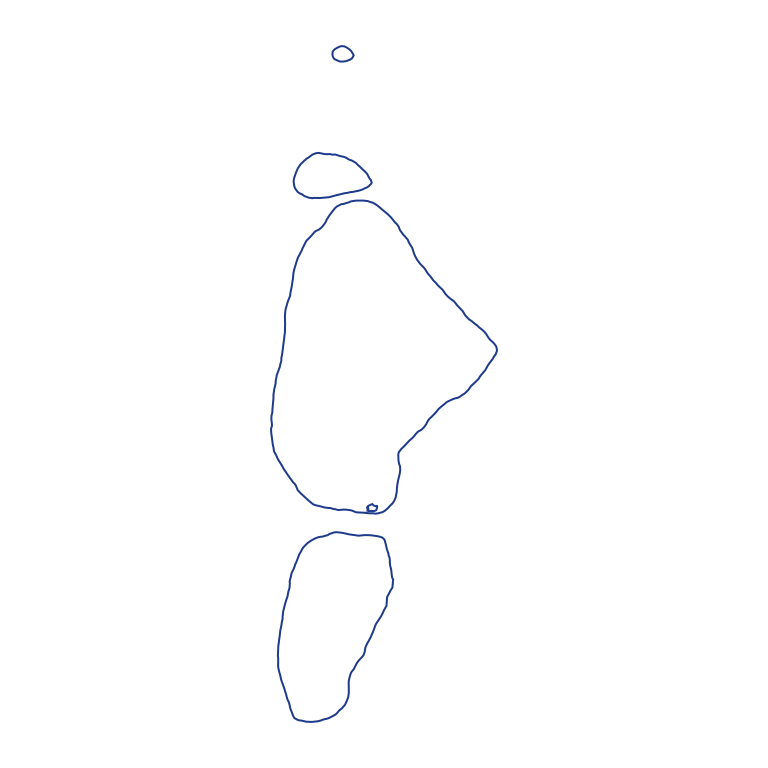 Male', Maldives (orthographic projection)
{"feature_id": "70690204B31972615950169", "entity_name": "Male'", "entity_type": "district", "adm_level": 2, "iso_a3": "MDV", "parent_name": "Maldives", "parent_adm1": "", "projection": "orthographic", "projection_center": [73.47, 4.391], "detail": "fine", "context": "isolated", "style": "outline", "palette": "blue", "viewbox_px": 768, "rotation_deg": 0, "n_neighbors": 0, "source": "geoboundaries", "source_scale": "gbopen_adm2", "svg_char_len": 6084}
<svg xmlns="http://www.w3.org/2000/svg" viewBox="0 0 768 768"><path d="M495.6,354.4L496.9,351.1L496.9,349.6L496.4,346.9L495.6,345.5L494.0,343.4L492.2,341.6L490.9,340.5L488.7,338.1L485.8,333.4L484.3,331.7L482.5,330.0L479.5,327.7L477.1,325.4L474.9,323.8L471.1,320.7L469.0,319.3L467.2,317.5L465.2,315.3L462.7,311.1L457.6,305.8L453.6,300.9L450.6,298.9L447.9,296.6L445.3,293.8L442.8,290.0L438.0,285.5L435.6,282.6L433.2,280.3L431.7,278.1L429.9,275.8L428.5,274.3L426.8,272.0L425.7,270.1L424.0,267.7L420.2,263.9L417.1,259.7L415.7,257.2L414.7,255.2L413.9,253.1L412.6,249.1L412.0,247.5L409.0,242.7L407.7,239.6L405.2,236.7L403.3,234.7L401.9,232.8L400.3,230.6L399.3,228.6L398.9,227.1L396.8,224.0L395.1,222.5L391.1,217.5L387.7,214.1L382.2,209.6L380.7,208.2L377.3,205.5L375.0,203.9L372.6,202.6L370.6,202.1L367.8,201.1L363.6,200.6L356.0,200.6L350.8,201.4L348.8,202.4L347.0,202.8L343.4,204.0L341.3,204.2L336.7,206.6L335.0,208.2L331.4,212.7L328.7,216.4L327.8,218.0L326.6,219.7L326.1,221.2L324.9,223.3L322.5,226.4L320.8,228.1L319.2,229.4L315.5,231.2L314.2,232.4L312.0,235.0L308.9,238.3L306.7,240.4L305.5,242.4L302.4,248.7L301.7,250.5L299.2,255.3L298.0,257.4L296.7,261.2L294.3,269.2L293.5,272.5L293.0,278.0L291.7,286.6L290.3,293.5L290.1,295.9L287.8,301.6L285.5,309.6L285.4,310.6L284.9,316.0L285.1,323.8L284.9,332.6L284.4,335.9L284.1,339.2L283.5,343.4L282.4,352.3L281.9,355.7L281.4,357.5L281.3,360.9L280.3,364.4L279.8,366.9L276.7,375.4L276.3,378.1L275.8,380.1L275.6,383.4L275.0,386.5L274.3,388.7L273.9,391.8L273.4,395.4L273.5,397.7L272.4,409.9L272.3,412.6L271.5,415.6L271.4,417.8L271.4,419.7L271.8,422.8L272.0,425.8L271.1,428.4L271.1,430.9L271.4,434.4L271.9,437.5L272.7,444.0L273.5,447.7L274.0,451.4L276.3,455.4L277.7,458.8L282.1,465.9L283.6,468.8L290.2,478.4L291.5,480.0L293.1,482.4L294.5,483.6L295.7,485.2L297.8,490.3L299.1,491.6L301.0,493.6L308.3,500.3L313.1,504.3L315.5,505.2L321.9,506.7L325.0,507.6L325.8,507.6L328.1,508.0L330.1,508.0L332.1,508.6L334.1,509.1L335.4,509.2L338.3,510.1L343.3,509.6L346.4,509.7L349.7,510.1L352.0,510.6L356.2,512.3L363.5,512.7L370.3,513.4L372.7,513.2L375.5,513.7L378.7,513.2L382.5,512.1L385.0,510.7L388.0,508.1L390.5,505.3L392.5,503.4L394.1,501.0L395.6,497.7L396.8,491.5L396.9,488.3L397.3,484.8L398.0,480.8L399.8,473.4L400.2,470.5L400.1,466.6L399.0,463.5L398.4,459.8L398.4,457.8L398.2,454.7L398.8,452.2L400.9,449.4L405.4,444.9L409.5,440.5L412.3,438.1L414.3,435.9L415.9,433.8L417.9,431.7L421.5,429.7L424.1,427.1L426.1,424.4L428.0,420.6L429.7,418.5L431.6,416.8L435.7,412.6L438.3,409.3L440.8,407.0L443.1,405.1L444.7,403.9L446.3,402.4L448.4,401.2L452.7,399.2L455.0,398.4L458.1,397.7L460.0,396.6L462.0,395.1L464.5,393.6L466.2,392.0L468.1,390.2L471.2,385.8L473.2,384.1L474.9,382.5L478.6,378.8L480.1,376.3L481.8,374.2L485.3,370.1L487.6,365.9L488.9,363.9L492.8,358.8L493.7,357.0L495.6,354.4ZM373.6,511.0L369.2,511.1L367.9,510.8L368.2,510.6L368.5,510.1L368.3,508.9L368.1,509.2L367.6,509.2L367.3,508.5L367.0,507.7L368.0,506.2L369.6,505.2L372.3,504.1L373.7,505.5L374.7,505.9L375.4,506.2L376.5,505.9L376.9,505.9L377.1,506.4L377.2,506.9L376.6,509.3L376.3,510.0L375.0,510.8L373.6,511.0ZM392.9,582.8L392.9,581.3L393.2,579.6L392.4,578.2L392.0,576.8L391.5,572.8L391.4,571.4L391.0,568.9L390.1,565.3L390.0,564.0L390.0,563.2L389.7,562.3L389.9,561.1L389.6,557.9L388.6,555.2L388.5,553.9L386.7,548.5L385.9,544.8L384.8,540.6L384.2,539.3L382.3,537.6L380.6,536.9L378.0,536.3L374.9,535.8L371.1,535.3L367.9,535.1L364.3,535.1L358.6,535.7L348.2,534.2L346.0,533.6L341.3,532.7L336.9,532.2L334.8,532.3L332.8,532.8L330.1,533.8L329.5,533.9L327.7,535.2L325.8,535.6L322.6,536.6L320.4,536.8L318.4,537.2L315.4,538.3L311.1,540.6L307.5,543.1L304.4,546.2L302.9,548.0L302.0,549.4L301.2,551.1L299.1,554.6L298.5,556.4L297.2,559.8L295.9,563.1L295.2,564.3L294.5,566.8L293.5,569.2L291.6,573.0L290.6,577.8L290.0,579.5L289.8,581.2L289.6,581.9L289.9,583.2L289.5,588.0L288.4,591.5L287.4,596.9L286.4,599.5L285.0,604.2L283.2,611.4L282.6,616.7L282.6,618.8L281.8,622.4L281.4,625.4L280.3,630.5L279.7,636.0L279.5,637.1L278.3,646.3L277.9,655.9L278.2,658.0L278.2,659.1L278.1,666.4L278.5,668.8L279.4,672.6L280.1,674.6L281.0,679.1L281.8,681.6L284.6,689.3L284.9,690.7L285.9,693.6L286.4,695.5L286.7,696.9L287.3,698.9L288.9,702.5L289.6,704.9L290.1,707.6L290.6,709.3L291.6,711.7L293.1,715.8L294.1,717.7L295.3,718.6L297.1,719.6L298.9,720.3L301.5,720.6L306.3,721.7L310.9,721.9L313.6,721.8L314.4,721.6L317.1,721.4L320.5,720.6L323.1,719.6L326.6,718.8L328.7,718.1L331.4,716.8L335.2,714.7L336.7,713.5L339.1,710.6L342.1,708.1L344.9,704.9L345.9,703.0L348.2,697.2L348.8,693.0L348.7,681.4L349.3,678.4L350.6,673.8L351.2,672.5L351.6,671.8L353.8,669.1L356.3,664.1L357.2,662.7L358.2,661.2L360.1,659.0L361.3,657.8L363.2,655.6L363.7,654.7L364.7,651.9L365.3,648.0L365.8,646.3L367.3,643.3L369.0,640.4L371.1,636.3L371.7,634.6L372.6,632.9L375.3,625.6L375.9,624.1L381.1,616.2L382.6,613.3L384.2,609.8L385.1,608.3L385.7,607.0L386.5,605.8L387.0,598.3L387.3,596.6L388.1,595.2L388.7,594.0L390.7,590.2L392.4,587.6L392.9,582.8ZM371.5,181.8L370.8,179.9L369.8,178.8L369.5,178.4L367.1,173.9L365.5,172.1L362.1,168.9L360.2,167.0L357.9,165.0L356.0,163.0L353.8,161.6L351.7,160.5L349.1,159.6L346.4,157.9L344.4,157.0L340.7,156.2L335.1,154.5L332.6,154.7L329.9,154.1L326.3,154.2L324.1,154.0L318.9,152.9L316.0,153.2L314.1,153.9L312.4,154.6L309.5,156.8L307.8,158.0L306.2,158.9L305.3,159.9L304.2,160.7L302.2,162.8L301.3,163.5L300.2,164.8L298.0,168.1L296.5,171.3L295.5,174.0L294.4,177.2L293.9,179.1L293.6,181.1L294.1,185.4L294.9,187.9L295.4,188.8L297.4,191.6L298.2,192.3L299.6,193.3L301.8,194.2L304.5,196.1L308.7,197.7L312.3,198.2L314.5,197.9L320.3,198.0L322.4,197.8L329.0,197.2L336.6,195.2L344.2,193.3L347.7,192.8L350.1,192.2L353.0,191.9L355.6,191.3L358.3,190.8L360.4,190.2L362.9,189.3L364.8,188.3L366.6,187.6L368.9,186.2L369.8,185.1L370.9,184.1L371.7,182.7L371.5,181.8ZM353.7,55.4L352.8,53.6L351.0,50.8L349.2,49.2L347.0,47.7L344.5,46.4L341.6,46.1L340.0,46.5L337.1,47.8L334.3,49.6L332.7,51.6L332.4,54.3L332.9,56.8L334.1,58.8L335.7,59.7L338.6,61.0L340.5,61.6L343.5,61.5L345.6,61.2L348.0,60.5L350.3,59.5L352.0,58.4L353.7,55.4Z" fill="none" stroke="#1e3a8a" stroke-width="2"/></svg>